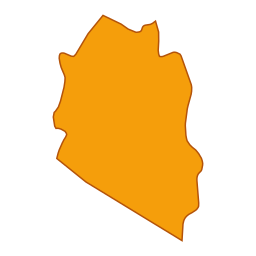 an SVG outline of La Paz
{"feature_id": "SLV-1347", "entity_name": "La Paz", "entity_type": "Department", "adm_level": 1, "iso_a3": "SLV", "parent_name": "El Salvador", "parent_adm1": "", "projection": "equal_earth", "projection_center": [-88.936, 13.47], "detail": "fine", "context": "isolated", "style": "filled", "palette": "amber", "viewbox_px": 256, "rotation_deg": 0, "n_neighbors": 0, "source": "natural_earth", "source_scale": "10m", "svg_char_len": 1480}
<svg xmlns="http://www.w3.org/2000/svg" viewBox="0 0 256 256"><path d="M182.0,240.6L86.0,182.0L56.8,158.5L56.8,158.4L58.1,153.3L59.2,150.0L62.5,142.5L63.1,141.5L63.6,140.3L65.6,137.1L66.7,134.7L66.3,133.2L65.0,131.3L61.0,129.1L58.7,128.4L57.0,128.3L56.0,128.4L54.7,126.1L53.3,117.0L54.2,112.4L55.4,111.3L58.4,107.0L60.5,101.1L64.0,87.4L64.9,81.5L65.1,77.6L64.3,74.8L61.2,67.5L60.0,63.1L59.2,58.3L59.4,55.7L60.0,54.0L60.9,53.3L62.0,53.0L63.3,53.0L64.6,53.3L71.1,56.1L72.4,56.3L73.7,56.4L75.8,54.3L88.1,33.7L103.0,15.4L121.1,24.1L128.2,29.1L136.0,32.3L137.4,32.2L139.3,31.9L140.1,31.6L141.0,31.0L141.6,30.0L142.5,27.3L143.2,26.3L144.1,25.6L145.2,25.2L150.3,24.4L152.6,23.3L155.5,21.1L158.6,32.0L158.7,41.1L158.2,50.4L158.7,54.2L159.5,56.4L160.7,56.6L162.1,56.6L163.3,56.3L173.2,52.3L174.9,52.2L176.7,52.6L180.0,54.2L181.1,56.0L191.2,84.5L191.5,86.0L191.7,87.6L191.6,91.2L191.1,94.4L188.0,105.7L187.7,107.0L187.4,108.3L187.1,110.0L187.0,110.9L187.0,111.1L185.4,123.2L185.3,125.7L185.9,135.3L186.5,138.5L187.1,140.8L189.7,144.7L192.2,147.2L195.8,150.1L198.7,153.7L201.4,158.3L202.3,161.1L202.7,163.4L202.6,165.2L202.0,168.3L201.7,169.7L201.1,170.9L198.7,173.4L198.0,174.4L197.5,175.6L197.1,177.0L196.9,178.6L196.9,180.4L198.7,203.0L198.6,206.2L198.1,207.4L197.4,208.4L196.6,209.5L195.7,210.2L191.9,212.7L188.9,214.3L187.1,215.7L185.5,217.4L184.8,218.5L184.2,219.6L183.7,220.9L183.4,222.3L183.0,223.9L182.0,240.6L182.0,240.6Z" fill="#f59e0b" stroke="#b45309" stroke-width="1.5"/></svg>